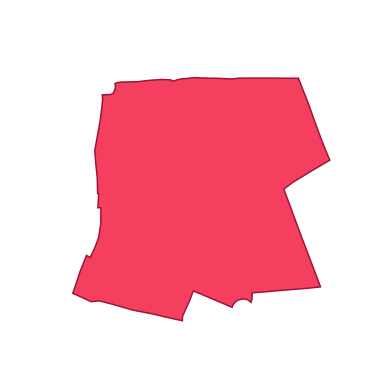 the district of Bistret, Dolj, Romania, rotated 75°
{"feature_id": "2599482B85941716233040", "entity_name": "Bistret", "entity_type": "district", "adm_level": 2, "iso_a3": "ROU", "parent_name": "Romania", "parent_adm1": "Dolj", "projection": "robinson", "projection_center": [23.492, 43.88], "detail": "fine", "context": "isolated", "style": "filled", "palette": "rose", "viewbox_px": 384, "rotation_deg": 75, "n_neighbors": 0, "source": "geoboundaries", "source_scale": "gbopen_adm2", "svg_char_len": 1718}
<svg xmlns="http://www.w3.org/2000/svg" viewBox="0 0 384 384"><g transform="rotate(75 192 192)"><path d="M313.9,163.5L310.7,161.7L309.0,161.1L305.0,160.0L305.2,158.9L307.8,144.8L308.7,139.3L314.8,105.8L316.2,97.0L316.5,95.0L316.9,92.4L287.1,95.4L266.7,97.5L250.3,99.1L227.4,101.1L227.1,101.2L213.0,102.6L208.7,92.0L205.7,81.7L202.3,70.2L197.0,51.0L196.9,50.6L192.9,51.2L187.0,52.0L175.0,53.4L167.8,54.1L163.1,54.5L155.5,55.2L148.2,55.8L139.7,56.5L139.7,56.4L132.4,57.2L117.2,58.9L109.5,59.8L109.6,60.1L108.9,62.8L104.0,80.4L96.0,110.2L95.6,112.0L94.2,116.8L93.6,121.1L93.0,125.0L92.5,126.2L91.8,128.6L90.1,133.8L88.0,140.4L86.9,144.6L85.7,148.5L85.2,150.2L84.8,151.8L84.2,153.8L83.4,156.0L82.7,158.3L82.2,159.5L81.6,163.6L81.0,167.8L80.6,169.8L80.1,171.9L79.9,174.4L79.8,175.7L79.8,176.7L79.8,178.5L80.0,179.0L80.2,180.6L79.5,182.0L78.9,182.9L78.4,183.3L78.1,183.9L77.6,185.4L77.0,187.3L76.1,190.2L75.5,192.0L73.6,201.7L72.8,206.1L72.2,210.3L71.3,216.4L70.6,219.1L70.3,220.0L69.9,221.9L69.4,224.1L67.4,232.4L67.2,233.9L67.1,235.0L67.1,236.9L67.3,238.2L67.9,238.5L70.1,238.5L73.0,239.9L76.1,242.4L76.8,245.3L74.9,253.5L79.5,254.4L79.8,254.5L87.2,257.3L98.8,262.0L126.8,275.2L141.0,277.8L154.0,279.9L169.1,283.6L169.6,282.6L182.9,287.0L183.7,284.1L198.7,288.2L202.5,289.9L211.7,293.9L220.2,299.9L228.9,307.3L226.0,310.3L240.0,320.8L249.0,326.6L259.0,333.4L268.3,322.0L271.9,317.8L273.1,309.8L278.6,300.1L280.0,297.6L290.7,279.9L300.7,259.4L305.1,251.5L313.9,234.6L311.1,233.8L310.3,233.7L305.5,230.0L296.6,222.6L287.9,216.4L290.3,213.2L313.7,183.1L312.1,182.0L310.6,180.4L309.2,178.0L308.4,175.8L308.4,171.5L308.9,169.2L309.8,167.2L311.4,165.3L313.9,163.5Z" fill="#f43f5e" stroke="#9f1239" stroke-width="1.5"/></g></svg>